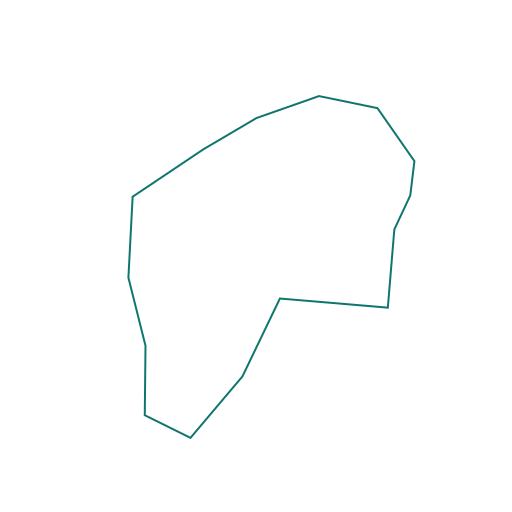 Érd, Equal Earth projection, rotated 228°
{"feature_id": "HUN-4907", "entity_name": "Érd", "entity_type": "Urban county", "adm_level": 1, "iso_a3": "HUN", "parent_name": "Hungary", "parent_adm1": "", "projection": "equal_earth", "projection_center": [18.891, 47.383], "detail": "fine", "context": "isolated", "style": "outline", "palette": "teal", "viewbox_px": 512, "rotation_deg": 228, "n_neighbors": 0, "source": "natural_earth", "source_scale": "10m", "svg_char_len": 356}
<svg xmlns="http://www.w3.org/2000/svg" viewBox="0 0 512 512"><g transform="rotate(228 256 256)"><path d="M382.6,204.0L370.5,288.3L358.2,348.7L332.7,409.8L284.6,445.2L220.5,437.2L197.8,411.2L183.2,376.6L129.4,319.4L208.4,245.3L175.6,165.4L164.7,85.6L212.1,66.8L263.2,113.8L325.3,146.7L382.6,204.0Z" fill="none" stroke="#0f766e" stroke-width="2"/></g></svg>